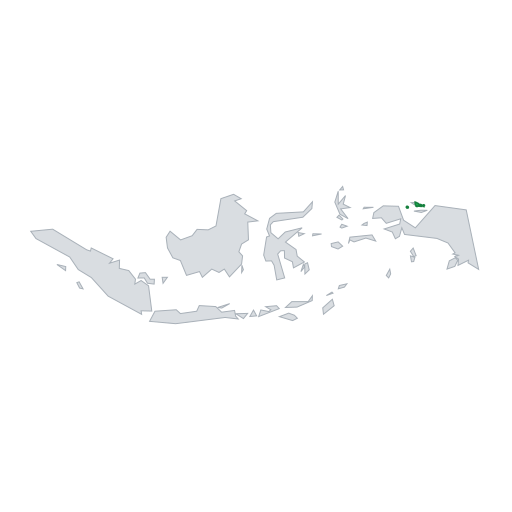 location of Biak Numfor, Papua, Indonesia, rotated 348°
{"feature_id": "22746128B19254678251292", "entity_name": "Biak Numfor", "entity_type": "district", "adm_level": 2, "iso_a3": "IDN", "parent_name": "Indonesia", "parent_adm1": "Papua", "projection": "albers", "projection_center": [135.909, -1.013], "detail": "fine", "context": "in_parent", "style": "filled", "palette": "green", "viewbox_px": 512, "rotation_deg": 348, "n_neighbors": 0, "source": "geoboundaries", "source_scale": "gbopen_adm2", "svg_char_len": 6399}
<svg xmlns="http://www.w3.org/2000/svg" viewBox="0 0 512 512"><g transform="rotate(348 256 256)"><path d="M177.1,213.9L185.6,224.6L197.8,222.9L203.9,217.7L214.7,220.5L223.1,218.3L233.6,192.6L246.9,191.0L253.4,196.9L246.6,197.7L256.3,209.7L253.7,212.4L265.1,222.0L255.0,221.1L252.0,238.6L244.4,241.3L240.1,248.3L242.9,253.1L240.2,260.9L225.7,270.9L222.3,262.2L216.4,264.4L210.0,259.6L199.1,265.7L197.5,259.5L184.0,260.5L181.1,244.7L174.3,240.5L171.1,229.7L172.0,219.0L177.1,213.9ZM40.8,185.0L62.7,187.5L91.6,214.7L95.1,216.8L96.5,213.9L115.6,229.0L111.2,232.6L121.7,231.6L119.7,239.7L128.5,243.8L133.3,253.6L131.6,258.3L138.5,256.1L144.7,262.8L142.6,288.2L132.2,285.7L132.0,289.3L103.0,264.5L90.5,242.9L79.3,232.3L73.6,218.3L44.4,193.2L40.8,185.0ZM471.2,254.6L471.0,315.4L462.0,306.8L463.0,304.3L451.6,307.2L453.5,301.1L450.3,297.9L451.4,297.5L453.2,297.7L454.3,297.4L448.9,295.0L451.4,294.3L446.5,283.2L436.6,276.4L405.8,265.8L404.5,258.7L400.4,266.6L395.9,268.1L394.3,260.9L387.0,256.2L403.2,254.6L405.3,249.7L390.2,251.1L386.6,244.7L377.9,243.5L380.3,238.1L390.9,233.4L405.7,237.0L407.8,251.7L417.7,261.6L441.6,243.9L471.2,254.6ZM320.5,221.2L309.9,227.8L280.1,226.0L276.5,228.5L275.4,236.3L281.2,243.8L289.6,238.6L307.0,238.0L287.7,248.5L296.5,258.0L296.3,264.7L302.1,271.9L290.2,275.4L290.4,269.2L283.5,263.9L284.9,256.7L281.2,256.0L277.6,258.6L279.5,283.4L271.3,283.7L271.8,268.9L270.2,264.0L264.6,263.0L263.7,256.7L270.3,239.6L273.4,239.2L272.1,231.9L277.1,222.0L284.7,218.5L311.5,222.7L322.5,214.7L320.5,221.2ZM145.7,289.0L166.8,292.0L170.1,296.6L186.5,297.7L190.2,292.7L206.1,297.1L210.7,303.8L223.7,304.8L223.6,310.6L225.5,313.9L213.0,309.7L163.3,305.5L138.3,297.8L145.7,289.0ZM347.2,222.4L356.1,215.5L352.1,223.4L358.1,228.2L348.6,227.5L353.8,238.6L346.8,232.6L344.3,219.7L349.9,209.7L347.2,222.4ZM351.8,257.1L373.9,259.5L376.2,266.3L367.2,261.3L354.8,262.6L351.2,259.8L349.0,263.0L351.8,257.1ZM301.7,311.3L285.5,314.5L274.1,312.5L281.5,308.1L297.5,311.5L302.9,306.6L301.7,311.3ZM254.9,307.6L265.8,308.9L267.8,312.3L246.0,315.8L249.5,309.8L257.0,313.0L259.4,311.7L254.9,307.6ZM321.7,314.2L322.1,320.9L309.9,327.0L310.5,320.6L321.7,314.2ZM144.4,249.3L147.6,256.7L151.8,257.6L150.5,262.3L144.2,260.1L142.1,254.2L135.9,253.0L138.9,248.6L144.4,249.3ZM448.3,307.5L440.1,308.5L444.1,300.9L450.5,299.2L452.5,302.1L448.3,307.5ZM276.1,318.7L281.2,321.9L283.5,325.5L278.4,326.8L266.3,320.2L276.1,318.7ZM339.3,259.3L342.8,264.4L337.7,266.2L331.8,262.5L332.1,259.5L339.3,259.3ZM224.3,308.3L235.9,310.4L230.7,314.6L224.3,308.3ZM242.3,308.4L244.2,314.7L237.4,313.9L242.3,308.4ZM164.9,258.4L159.4,263.4L159.8,257.3L164.9,258.4ZM411.4,280.9L412.7,289.0L410.2,289.4L408.0,283.5L411.4,280.9ZM220.4,297.1L211.7,299.8L207.9,298.4L220.4,297.1ZM305.0,273.3L305.2,280.6L300.1,283.8L302.0,274.0L305.0,273.3ZM59.5,222.9L67.7,226.8L66.7,230.7L59.5,222.9ZM80.0,252.2L76.8,250.7L75.2,244.8L77.6,244.5L80.0,252.2ZM381.2,305.0L379.4,302.1L384.1,296.7L384.0,301.5L381.2,305.0ZM371.9,230.8L381.0,232.8L370.7,232.1L371.9,230.8ZM316.3,246.1L324.7,248.1L315.5,248.0L316.3,246.1ZM301.1,276.9L296.7,280.6L300.6,274.0L301.1,276.9ZM418.9,236.1L423.7,236.8L428.2,240.3L423.9,241.1L418.9,236.1ZM339.1,302.1L336.0,304.8L329.7,305.2L331.4,302.2L339.1,302.1ZM411.1,290.4L409.1,294.2L406.9,294.0L407.1,288.0L411.1,290.4ZM351.3,245.8L345.7,246.5L344.2,245.2L346.5,242.8L351.3,245.8ZM419.8,244.9L426.6,245.5L433.1,246.9L426.8,247.8L419.8,244.9ZM302.1,241.8L307.8,244.2L302.0,245.6L302.1,241.8ZM355.4,209.5L351.6,208.8L355.2,206.0L355.4,209.5ZM316.6,309.3L322.8,307.1L323.6,308.4L316.6,309.3ZM371.9,246.0L370.9,249.3L366.1,247.7L368.5,246.6L371.9,246.0ZM240.8,266.8L238.5,269.2L240.3,262.1L240.8,266.8ZM345.7,233.3L348.7,237.9L347.5,238.6L343.2,235.0L345.7,233.3Z" fill="#d9dde1" stroke="#a8b0b8" stroke-width="1"/><path d="M422.0,237.5L422.3,237.6L422.4,237.8L422.5,238.0L422.5,238.3L422.6,238.5L422.7,238.8L422.7,239.0L422.8,239.1L422.8,239.3L422.9,239.5L423.0,239.5L423.0,239.8L423.1,240.1L422.9,240.3L422.9,240.5L423.0,240.5L423.4,241.0L423.5,241.0L423.8,241.1L423.9,240.9L424.1,240.8L424.1,240.7L424.2,240.8L424.3,240.8L424.5,240.8L424.5,240.7L424.9,240.7L424.9,240.8L425.0,240.8L425.2,241.0L425.4,241.1L425.5,241.2L426.0,241.3L426.2,241.1L426.3,241.1L426.5,241.1L427.0,241.0L427.1,240.9L427.3,240.9L427.5,240.7L427.8,240.6L428.0,240.4L428.2,240.2L428.3,240.2L428.1,240.0L427.9,240.0L427.7,240.1L427.5,239.9L427.4,239.8L427.4,239.7L427.2,239.6L426.9,239.7L426.7,239.7L426.5,239.8L426.4,239.8L426.2,239.7L426.1,239.4L425.6,239.0L425.6,238.9L425.6,238.6L425.4,238.6L425.4,238.4L425.2,238.4L425.2,238.5L425.1,238.4L425.1,238.2L425.0,237.9L424.8,237.8L424.7,237.7L424.3,237.5L424.2,237.5L424.2,237.4L423.9,237.3L423.9,237.2L423.7,237.0L423.7,236.9L423.5,236.6L423.3,236.6L422.9,236.4L422.9,236.5L422.9,237.0L422.3,237.5L422.0,237.5ZM414.0,238.7L413.9,238.8L413.7,238.9L413.5,239.0L413.4,239.2L413.6,239.2L413.4,239.3L413.5,239.4L413.4,239.5L413.4,239.4L413.4,239.5L413.5,239.5L413.4,239.6L413.5,239.8L413.6,240.0L413.8,240.2L413.8,240.3L413.9,240.5L414.0,240.5L414.3,240.7L414.6,240.6L414.9,240.6L415.0,240.4L415.1,240.2L415.2,239.9L415.2,239.7L414.9,239.6L415.0,239.8L414.9,239.9L414.8,240.0L414.6,240.1L414.6,239.9L414.8,239.8L414.7,239.6L414.8,239.6L414.9,239.4L414.8,239.1L414.7,239.0L414.6,238.9L414.4,238.8L414.2,238.8L414.0,238.7ZM430.4,241.3L430.3,241.2L430.2,241.2L430.1,241.3L430.2,241.5L430.3,241.5L430.5,241.5L430.5,241.4L430.4,241.3ZM426.9,241.6L426.7,241.5L426.6,241.8L426.8,241.6L426.9,241.6ZM427.7,241.4L427.6,241.5L427.4,241.6L427.5,241.7L427.8,241.5L427.9,241.4L427.7,241.4ZM430.4,240.7L430.3,240.9L430.3,241.0L430.5,240.9L430.4,240.9L430.5,240.8L430.5,240.7L430.4,240.7ZM429.6,241.5L429.4,241.6L429.6,241.7L429.8,241.7L429.7,241.6L429.6,241.5ZM430.4,241.5L430.3,241.8L430.5,241.8L430.5,241.6L430.4,241.5L430.4,241.5ZM428.9,241.5L428.9,241.3L428.7,241.4L428.8,241.5L428.9,241.5ZM430.3,241.9L430.2,242.0L430.3,242.1L430.3,241.9ZM431.2,241.5L431.3,241.5L431.3,241.4L431.2,241.4L431.2,241.5L431.2,241.5ZM431.0,241.8L430.9,241.9L431.0,241.9L431.0,241.8ZM430.4,242.4L430.4,242.2L430.3,242.4L430.4,242.4ZM428.7,241.9L428.5,242.0L428.6,242.3L428.6,242.2L428.7,241.9ZM428.3,241.7L428.1,241.7L428.2,241.8L428.3,241.7ZM413.3,240.3L413.3,240.2L413.3,240.3L413.3,240.3ZM431.2,242.2L431.3,242.1L431.2,242.2L431.2,242.2ZM428.2,242.3L428.2,242.2L428.2,242.3L428.2,242.3Z" fill="#22c55e" stroke="#15803d" stroke-width="1.5"/></g></svg>